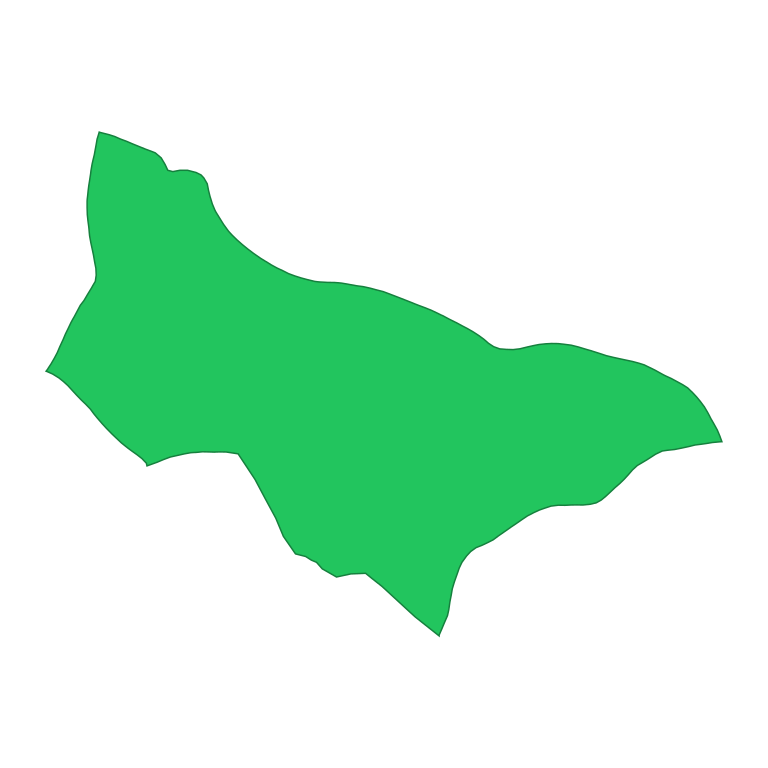 the district of Al Mukalla, Hadramawt, Yemen
{"feature_id": "15242507B18959101282675", "entity_name": "Al Mukalla", "entity_type": "district", "adm_level": 2, "iso_a3": "YEM", "parent_name": "Yemen", "parent_adm1": "Hadramawt", "projection": "robinson", "projection_center": [48.878, 14.721], "detail": "fine", "context": "isolated", "style": "filled", "palette": "green", "viewbox_px": 768, "rotation_deg": 0, "n_neighbors": 0, "source": "geoboundaries", "source_scale": "gbopen_adm2", "svg_char_len": 4343}
<svg xmlns="http://www.w3.org/2000/svg" viewBox="0 0 768 768"><path d="M99.2,132.1L99.0,132.9L97.8,136.9L97.1,139.1L96.3,143.8L95.8,146.6L95.1,150.4L94.3,154.8L93.1,159.7L92.1,164.1L91.0,170.5L90.6,173.9L89.9,178.5L89.4,181.8L88.8,185.5L88.1,191.1L87.9,193.3L87.7,195.2L87.2,199.5L87.1,201.5L87.1,207.7L87.3,214.1L87.3,214.6L88.0,221.2L88.7,226.4L88.9,228.1L89.3,232.8L89.6,235.9L90.9,243.0L91.4,245.3L92.2,249.0L93.5,255.2L94.0,258.1L94.6,261.7L95.9,268.4L96.2,275.2L95.3,281.4L92.7,285.8L91.6,287.8L87.7,294.2L84.0,300.5L80.3,305.3L77.5,310.6L74.2,316.8L72.9,319.0L70.9,322.7L68.2,328.4L65.5,333.9L63.1,339.6L59.8,346.7L57.3,352.6L56.3,354.5L54.4,358.1L51.1,363.8L48.4,367.9L47.7,369.1L46.1,371.2L47.4,371.7L52.6,374.0L57.6,377.1L58.9,377.9L63.4,381.5L67.9,385.6L71.8,389.9L76.3,394.8L81.1,399.8L83.8,402.4L85.6,404.1L90.3,409.0L93.1,412.8L94.0,414.0L97.7,418.5L102.2,423.7L103.4,425.0L106.5,428.4L111.8,433.8L116.3,438.1L121.4,442.9L126.1,446.7L126.3,446.8L127.5,447.8L131.8,451.0L136.0,454.0L137.0,454.7L142.1,458.7L143.4,460.1L146.4,463.2L146.5,463.8L147.0,465.9L155.0,463.0L157.0,462.3L163.4,459.6L170.4,457.0L177.6,455.4L184.2,453.9L188.0,453.2L190.8,452.7L193.9,452.5L196.4,452.4L202.1,451.8L203.2,451.8L208.3,451.9L214.3,452.1L216.1,452.0L219.9,451.9L226.2,452.0L233.4,453.1L237.9,453.8L238.1,453.8L255.0,479.4L265.3,498.8L275.8,518.2L283.4,536.4L295.5,553.9L305.7,556.5L311.3,560.1L316.5,562.3L322.3,568.9L327.8,572.0L336.5,577.0L350.8,573.9L358.4,573.6L365.6,573.3L372.0,578.5L382.0,586.4L409.9,612.1L415.4,617.1L439.1,635.9L439.1,635.6L439.2,634.9L441.7,629.2L444.2,623.2L447.5,615.6L448.8,609.6L449.9,601.9L451.2,595.2L452.3,588.8L454.4,581.8L457.2,573.9L459.2,568.1L461.9,562.4L466.6,555.9L470.7,551.5L476.1,547.6L481.5,545.5L483.7,544.5L487.9,542.5L493.2,539.8L498.4,535.9L504.6,531.6L510.7,527.3L515.9,523.8L521.8,519.7L527.6,515.8L531.0,514.1L533.8,512.6L537.6,510.9L539.2,510.1L544.6,508.2L551.0,506.1L558.4,505.2L565.0,505.3L570.8,505.0L576.9,504.9L582.9,505.0L587.8,504.5L588.1,504.5L590.5,504.2L592.7,503.7L594.1,503.3L595.7,503.0L596.3,502.8L601.3,500.0L601.9,499.5L606.0,496.1L610.4,492.0L614.7,487.9L619.1,484.1L619.7,483.6L624.4,479.0L628.6,474.4L632.5,469.9L637.3,465.5L642.4,462.5L647.4,459.5L655.6,454.2L662.3,451.0L667.9,450.2L674.6,449.5L681.6,448.1L689.0,446.5L695.0,445.0L700.6,444.3L706.4,443.5L712.4,442.5L720.0,441.8L721.9,441.7L720.6,438.2L719.9,436.2L717.5,430.5L717.4,430.2L716.9,429.3L714.1,424.2L710.8,418.5L709.3,415.5L707.7,412.5L704.8,407.6L704.3,406.7L703.8,406.1L700.4,401.5L696.5,396.8L692.0,392.0L691.2,391.3L687.7,387.9L682.7,384.7L679.4,382.9L677.2,381.7L672.4,379.1L671.3,378.5L665.6,375.9L663.6,374.9L660.5,373.2L655.1,370.2L650.5,367.9L650.0,367.7L646.5,366.0L644.3,364.9L638.9,363.2L637.8,362.9L632.6,361.5L626.0,360.1L619.9,358.8L613.5,357.4L606.4,355.7L602.2,354.3L598.5,353.1L592.8,351.3L591.0,350.7L588.8,350.1L584.4,348.8L578.1,346.9L571.3,345.2L569.8,345.0L563.6,344.2L558.0,343.6L551.5,343.5L545.9,343.8L539.1,344.5L535.5,345.2L533.5,345.6L530.4,346.3L528.1,346.8L524.8,347.6L519.9,348.8L513.1,349.6L506.3,349.4L502.8,349.1L499.8,348.9L493.7,346.7L488.5,343.3L485.8,340.9L483.8,339.2L478.9,335.6L473.2,331.9L467.3,328.5L461.9,325.7L456.4,322.7L454.9,322.0L449.5,319.3L445.0,316.9L443.0,315.8L441.1,315.0L437.7,313.3L430.7,310.0L429.6,309.6L425.4,307.9L418.7,305.4L415.1,304.0L411.7,302.6L404.6,299.8L396.9,296.8L391.4,294.7L389.6,294.0L383.2,291.6L377.7,290.2L376.5,289.9L370.7,288.3L365.4,287.1L363.0,286.6L356.8,285.8L353.1,285.1L350.1,284.6L347.5,284.1L341.5,283.1L338.5,282.8L334.6,282.5L327.4,282.4L323.9,282.2L320.2,282.0L317.9,281.8L314.7,281.4L306.9,279.5L302.1,278.2L301.0,277.9L295.0,276.0L288.5,273.6L283.8,271.2L283.2,270.9L277.2,268.1L274.6,266.7L271.3,264.9L266.4,261.8L265.8,261.5L260.6,258.3L253.7,253.5L247.6,248.9L242.1,244.4L237.0,239.9L232.3,235.3L229.4,232.2L228.2,230.8L223.5,224.3L218.9,216.9L216.0,212.2L215.6,211.5L214.8,209.9L212.3,203.9L211.0,199.6L210.0,196.4L208.5,190.3L207.3,184.1L207.2,183.7L203.8,177.9L202.6,176.6L201.0,174.9L196.1,172.5L187.6,170.3L179.8,170.3L172.8,171.6L167.8,170.3L165.1,164.5L161.2,157.9L155.3,152.9L153.9,152.3L151.6,151.4L145.4,149.1L138.5,146.3L132.1,143.7L126.8,141.4L121.4,139.4L120.6,139.1L119.9,138.8L114.7,136.5L109.1,134.7L101.6,132.8L100.8,132.6L99.2,132.1Z" fill="#22c55e" stroke="#15803d" stroke-width="1.5"/></svg>